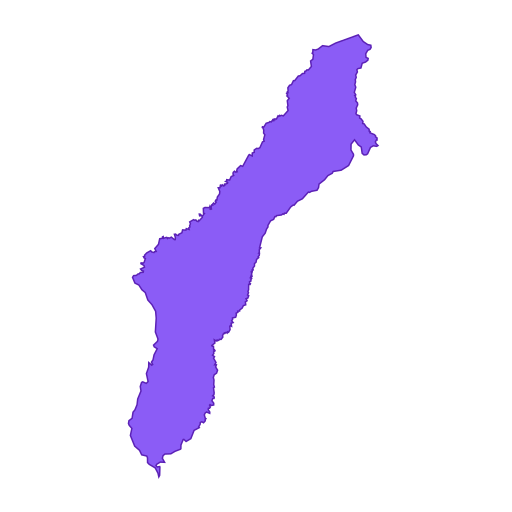 the district of Feliz Natal, Mato Grosso, Brazil, rotated 161°
{"feature_id": "56859067B37239416580706", "entity_name": "Feliz Natal", "entity_type": "district", "adm_level": 2, "iso_a3": "BRA", "parent_name": "Brazil", "parent_adm1": "Mato Grosso", "projection": "robinson", "projection_center": [-54.221, -11.85], "detail": "fine", "context": "isolated", "style": "filled", "palette": "violet", "viewbox_px": 512, "rotation_deg": 161, "n_neighbors": 0, "source": "geoboundaries", "source_scale": "gbopen_adm2", "svg_char_len": 6137}
<svg xmlns="http://www.w3.org/2000/svg" viewBox="0 0 512 512"><g transform="rotate(161 256 256)"><path d="M294.1,311.8L294.2,310.0L298.3,307.8L298.7,308.4L299.6,307.4L300.8,308.4L301.1,309.7L302.4,309.8L303.2,310.7L307.6,309.8L307.5,307.8L308.9,306.2L309.0,305.0L310.5,304.4L310.6,302.9L313.0,304.6L313.9,303.3L316.9,304.6L318.5,302.1L322.1,301.6L322.6,300.7L324.1,301.4L324.9,302.9L326.1,303.1L326.2,299.9L327.0,297.8L327.8,298.0L329.9,301.4L332.2,301.1L333.3,302.0L334.0,301.4L334.7,302.8L337.7,302.8L337.4,304.6L338.2,304.5L338.7,303.2L341.4,303.7L344.4,298.8L349.3,296.0L348.9,292.8L350.5,293.1L351.3,292.5L353.2,293.7L353.9,295.3L358.3,294.5L361.0,293.1L361.5,291.8L362.6,292.0L362.4,290.5L361.4,289.7L363.8,286.5L364.7,286.0L366.9,286.9L367.3,286.2L365.0,283.5L365.1,281.7L369.4,281.3L368.9,279.7L367.3,278.4L368.0,277.3L370.8,278.1L372.0,277.2L373.6,277.4L375.4,276.6L378.1,277.3L379.7,276.0L379.3,269.8L376.2,266.7L374.9,261.3L372.6,257.5L372.6,249.6L370.2,243.8L368.9,236.4L370.6,229.7L375.9,216.9L375.7,209.4L376.9,207.4L381.9,205.1L381.8,203.3L379.6,200.5L384.6,195.7L387.2,191.3L389.4,189.7L389.0,187.1L390.2,186.7L392.1,190.1L393.7,185.8L397.9,180.5L398.9,172.4L401.2,171.3L404.1,173.9L405.4,173.7L407.9,170.3L408.7,165.8L414.4,159.3L416.9,154.1L420.6,149.9L423.1,148.4L426.0,142.9L429.7,141.7L431.1,139.2L431.0,137.2L429.5,133.4L433.2,127.2L432.6,115.7L429.4,110.2L428.8,105.2L424.4,102.4L424.3,100.5L425.8,96.0L424.8,93.8L420.3,88.5L419.4,82.6L419.8,78.8L418.5,80.0L415.6,87.7L415.6,88.3L418.1,88.7L418.8,90.4L417.7,91.4L413.6,92.3L409.6,90.7L410.4,95.2L408.9,97.5L406.6,98.4L400.9,96.7L396.2,97.7L390.5,97.9L389.8,98.2L388.5,101.7L384.6,106.2L383.9,106.1L382.5,103.4L377.1,104.5L371.3,111.3L365.5,112.2L365.8,113.1L363.6,115.1L362.9,116.7L361.2,116.9L359.9,115.4L357.6,116.7L357.4,117.8L356.3,118.5L356.8,119.1L356.6,122.6L355.3,124.0L353.6,124.6L351.0,122.3L350.5,123.5L351.2,126.3L350.6,127.5L349.5,127.2L348.4,128.0L348.5,130.1L347.8,130.5L346.9,129.2L344.5,128.9L343.9,130.6L344.8,133.5L343.3,135.4L342.1,135.0L341.6,135.6L341.5,137.0L342.5,137.9L340.8,138.8L340.1,140.3L339.1,145.2L338.0,145.6L337.9,148.0L336.1,152.4L335.9,155.0L334.2,157.3L331.4,158.1L329.5,160.6L330.3,164.2L328.9,166.0L330.5,166.6L328.5,168.3L329.4,173.2L328.0,174.3L329.4,176.4L327.6,177.5L327.3,179.2L325.6,179.7L325.8,180.9L326.6,181.0L325.6,184.4L326.8,185.0L326.9,185.8L323.2,187.1L322.7,190.3L321.4,188.7L320.8,189.2L320.0,189.1L320.1,188.4L318.4,188.5L317.8,189.1L316.1,188.5L313.7,190.2L313.7,191.4L312.2,193.0L310.7,192.9L310.8,193.6L309.1,193.5L308.4,192.5L307.6,193.6L306.8,192.8L304.5,194.8L303.7,198.0L303.0,198.5L302.0,197.5L301.4,200.5L299.3,200.5L300.1,202.8L298.8,203.6L298.4,205.1L295.2,204.7L293.8,206.5L293.4,208.4L291.5,208.6L291.3,209.8L289.4,209.3L289.0,210.3L286.1,211.2L284.1,213.2L281.6,213.2L281.0,216.1L279.0,216.6L279.3,218.9L277.4,218.9L275.8,220.9L276.7,221.9L275.0,223.8L275.2,225.1L274.0,226.5L272.2,231.5L270.9,231.0L270.3,231.6L270.9,232.3L270.5,233.8L268.9,234.0L268.6,235.3L267.5,236.1L268.4,237.1L266.4,237.9L266.3,238.7L267.3,238.6L265.9,240.4L265.6,242.3L265.1,241.8L264.7,242.3L264.2,244.1L263.2,243.8L263.0,245.5L260.7,247.0L259.9,249.3L258.0,250.1L256.6,252.6L254.0,253.6L254.3,254.5L252.7,255.6L251.9,257.3L252.5,257.8L251.7,258.2L250.9,260.8L248.9,262.1L250.0,262.6L243.8,272.1L239.9,274.6L237.2,278.1L235.2,279.6L234.8,281.0L230.8,284.5L227.4,284.9L225.4,287.1L224.3,286.7L223.5,287.5L218.5,286.5L216.9,287.1L216.0,286.3L215.2,287.2L213.5,286.6L207.2,291.1L204.2,292.1L203.5,291.6L199.0,294.3L193.5,295.0L185.7,299.4L184.7,298.7L182.5,299.1L176.9,298.3L174.6,300.3L173.0,303.5L166.3,305.8L161.9,308.6L157.0,309.4L155.5,310.8L147.5,309.4L139.0,311.4L131.2,319.0L130.7,320.5L131.7,325.3L129.7,330.8L125.0,333.8L123.1,327.7L121.0,324.8L122.2,318.5L121.0,316.4L118.8,315.8L117.2,316.3L112.4,321.4L109.2,322.0L106.2,320.4L104.7,320.7L105.9,323.2L106.0,325.0L104.3,326.6L103.8,326.3L103.1,328.2L104.2,329.7L103.8,330.6L104.5,332.2L108.2,335.5L107.5,336.5L108.3,337.1L107.8,339.1L109.8,342.2L110.7,345.7L112.0,346.6L111.0,348.5L112.0,351.5L113.1,352.7L112.2,354.6L114.9,356.9L115.1,358.2L113.5,360.5L113.1,363.2L110.6,365.9L110.2,367.7L111.2,370.2L109.8,372.3L110.4,373.5L109.9,375.0L110.3,375.5L109.2,375.9L109.8,378.7L106.7,383.1L106.8,385.9L105.2,388.2L104.7,390.5L103.1,392.2L102.8,394.7L100.2,397.0L100.0,399.3L98.7,400.0L95.6,399.6L92.8,403.7L89.3,403.7L86.5,404.7L85.6,406.3L87.3,408.0L86.4,411.5L83.4,414.1L80.9,414.3L79.3,415.6L78.8,417.9L81.6,419.6L84.8,423.9L87.3,431.8L111.3,431.4L118.9,430.3L124.6,433.2L129.9,431.4L132.7,431.4L135.0,432.6L136.1,429.8L136.9,429.5L136.1,427.7L138.2,423.5L140.9,422.6L141.9,417.2L145.8,414.9L147.4,415.4L148.6,414.6L149.7,414.7L150.6,412.9L152.7,413.4L155.6,412.1L157.4,412.4L162.3,409.2L163.5,409.6L166.6,406.5L168.7,406.5L171.1,404.7L171.9,401.6L173.1,400.9L172.6,399.9L174.1,399.8L173.7,397.8L174.7,397.3L173.0,393.7L173.5,394.2L175.9,392.6L176.9,387.7L178.0,386.7L178.3,383.1L184.5,379.6L186.3,380.8L187.7,380.6L188.1,381.3L189.1,380.6L189.6,381.3L192.0,378.9L193.8,379.5L194.1,378.7L195.2,379.7L195.7,379.5L195.5,378.3L196.7,378.7L198.0,377.8L199.1,378.6L199.9,378.1L203.2,378.2L206.6,375.4L207.8,376.1L208.2,375.4L207.7,374.9L207.7,372.5L208.8,369.8L208.2,367.7L210.9,363.7L210.9,361.9L212.7,361.8L217.1,357.1L219.0,356.9L220.3,357.6L223.2,356.8L223.9,354.6L226.0,354.6L227.0,351.8L229.3,354.1L230.1,353.7L239.4,345.1L241.1,346.5L245.5,344.5L246.5,342.8L246.4,341.8L247.9,341.9L248.7,343.2L250.3,342.5L251.1,341.0L250.9,339.4L253.6,339.2L256.2,336.4L258.8,337.7L259.2,336.5L260.4,336.4L258.9,334.7L259.3,334.0L261.9,333.9L262.1,334.8L262.5,333.0L263.7,332.7L264.3,334.1L265.7,333.3L266.0,334.6L266.6,334.6L267.8,332.3L269.5,332.8L269.2,328.8L270.3,326.5L273.3,324.4L274.8,321.7L275.5,322.1L276.7,321.1L276.1,319.9L278.1,318.5L278.8,319.9L280.1,319.2L280.3,318.2L281.3,318.7L282.7,316.3L282.8,314.9L283.5,314.8L284.1,315.3L283.1,316.6L283.3,318.1L284.2,316.9L288.5,318.5L290.3,318.2L291.7,313.5L291.0,313.0L293.3,311.4L294.1,311.8ZM294.1,311.8L295.3,313.9L296.0,314.1L296.2,312.3L294.1,311.8Z" fill="#8b5cf6" stroke="#5b21b6" stroke-width="1.5"/></g></svg>